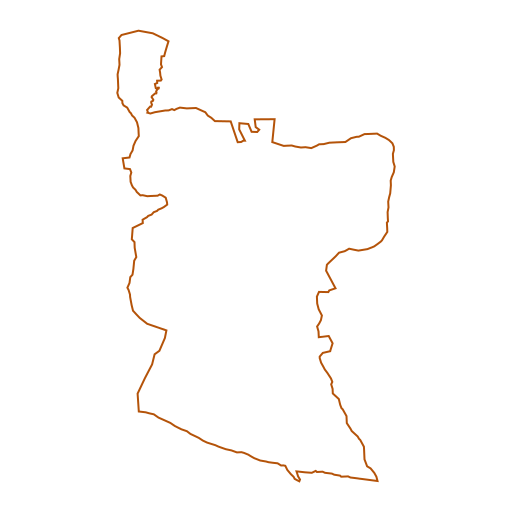 Shendam, Plateau, Nigeria
{"feature_id": "59680162B53080807091718", "entity_name": "Shendam", "entity_type": "district", "adm_level": 2, "iso_a3": "NGA", "parent_name": "Nigeria", "parent_adm1": "Plateau", "projection": "mercator", "projection_center": [9.53, 8.741], "detail": "fine", "context": "isolated", "style": "outline", "palette": "amber", "viewbox_px": 512, "rotation_deg": 0, "n_neighbors": 0, "source": "geoboundaries", "source_scale": "gbopen_adm2", "svg_char_len": 4420}
<svg xmlns="http://www.w3.org/2000/svg" viewBox="0 0 512 512"><path d="M377.5,481.0L376.4,476.7L374.3,472.9L370.6,468.4L367.1,466.3L365.8,462.8L364.5,459.4L364.3,454.8L364.1,450.1L363.9,446.7L360.2,439.9L359.0,438.8L357.7,436.5L354.1,433.2L351.7,431.0L350.5,428.7L346.8,423.1L346.5,416.1L342.7,409.3L341.5,408.2L340.2,404.8L338.8,399.0L332.8,393.5L332.6,388.9L331.2,384.3L332.3,381.9L331.0,378.5L327.3,372.8L324.8,369.5L323.6,367.2L321.1,362.7L319.7,358.1L319.7,356.6L322.8,352.9L330.2,351.2L330.5,350.0L332.6,343.3L328.7,336.0L318.8,337.2L318.5,331.4L317.2,326.8L317.1,326.5L319.1,323.6L320.9,320.2L321.9,315.5L318.7,309.3L317.2,303.6L316.9,296.6L319.0,291.9L328.3,292.1L329.3,290.4L335.5,288.3L326.1,270.7L326.9,264.8L328.0,263.6L335.7,256.3L339.0,252.7L344.7,251.2L346.9,250.0L349.1,248.7L353.8,249.7L358.4,250.6L367.5,249.1L371.0,247.7L371.4,247.6L374.2,246.4L377.6,244.0L380.9,241.5L382.0,240.3L384.1,236.7L387.3,231.9L387.2,228.4L387.0,224.9L386.9,222.8L386.9,222.6L388.0,221.4L387.8,217.9L387.6,212.1L388.5,207.4L388.2,201.6L389.2,197.0L390.2,193.4L390.9,185.3L390.7,180.6L391.7,177.1L393.8,172.3L394.7,166.5L394.0,164.2L393.3,161.9L393.0,156.1L392.9,153.8L393.9,150.2L393.8,146.8L392.4,143.3L390.1,141.1L388.9,140.0L385.3,137.8L380.6,135.7L377.1,133.6L372.5,133.8L368.0,134.0L364.5,134.1L358.9,136.7L356.6,136.8L351.0,138.2L345.4,142.0L343.1,142.1L337.6,142.3L337.4,142.3L329.4,142.7L323.7,144.1L319.1,144.3L316.9,145.6L311.3,148.1L305.5,147.2L300.9,147.5L295.2,146.5L291.7,145.5L287.1,145.7L283.7,145.9L272.3,142.1L274.6,119.2L260.0,119.3L259.7,119.3L254.7,119.3L255.7,127.1L259.2,129.7L257.2,132.0L251.6,131.8L248.3,124.0L239.4,123.2L239.2,129.4L244.9,140.7L243.3,140.7L241.1,142.0L237.7,142.2L230.7,121.4L214.9,121.1L211.3,117.8L207.8,115.6L205.3,112.2L203.0,111.2L196.0,108.0L191.4,108.2L186.8,108.4L179.9,107.6L176.5,108.9L174.3,110.1L172.0,109.1L168.6,110.4L165.1,110.5L154.9,112.2L150.4,113.5L147.5,112.7L147.9,112.2L147.1,110.0L150.1,106.6L151.1,106.7L152.0,104.7L151.2,102.7L151.3,101.6L153.1,100.7L153.3,99.7L151.6,97.1L151.9,96.2L155.0,93.5L156.3,93.4L156.5,92.5L156.1,91.5L157.4,89.2L158.7,88.5L158.8,87.7L158.0,87.6L156.8,88.7L155.8,88.2L154.9,84.0L157.2,83.0L157.1,80.7L160.8,80.6L161.6,79.5L160.4,75.7L160.1,72.6L159.6,69.7L162.0,67.1L161.0,64.4L161.1,62.6L161.5,56.4L164.2,56.1L165.2,52.2L167.0,46.1L168.5,41.3L162.7,38.1L152.8,33.3L138.5,30.7L121.5,35.0L118.8,38.1L119.5,40.5L119.7,44.0L119.9,47.5L120.1,53.3L119.2,59.1L119.4,62.6L119.5,64.9L119.1,67.0L118.6,69.6L117.6,74.3L117.7,76.6L117.9,78.9L118.1,83.6L118.3,88.2L117.3,92.9L118.7,97.5L121.1,99.7L122.3,100.8L122.4,103.2L123.6,105.4L127.2,107.6L129.7,112.1L130.9,113.2L132.1,115.5L134.5,117.7L137.0,122.3L138.4,128.0L138.6,132.7L138.8,136.1L137.4,138.2L135.6,140.9L133.5,145.7L132.6,150.4L130.5,154.0L129.5,157.5L122.7,158.3L124.4,168.4L130.0,169.1L131.3,172.5L130.3,176.0L130.5,179.5L130.6,181.8L131.9,185.3L133.1,187.5L135.5,189.8L136.8,192.0L138.0,193.1L140.4,195.4L142.7,195.2L147.3,196.2L150.7,196.0L153.0,195.9L157.6,195.7L159.8,194.5L162.2,195.5L165.7,197.7L167.0,202.3L167.2,204.6L163.8,207.1L161.6,208.3L158.2,209.7L157.1,210.9L153.7,212.2L151.6,214.6L148.2,215.9L147.1,217.1L142.6,219.7L142.8,223.1L135.8,226.5L132.7,228.0L132.1,235.8L131.8,239.3L134.5,242.1L134.6,245.6L134.7,247.9L136.3,257.1L134.2,260.7L133.4,268.9L132.5,274.7L130.3,277.1L129.5,283.0L127.4,287.7L128.6,290.0L130.0,294.6L130.1,296.9L131.4,303.9L131.6,305.0L133.0,310.7L136.1,314.1L139.7,317.9L147.2,323.8L166.4,330.4L164.9,338.0L159.4,350.8L154.6,354.3L152.1,364.4L144.9,378.2L137.6,393.6L138.8,411.5L145.7,412.3L149.2,413.3L153.8,414.3L158.5,417.6L163.2,419.7L170.3,422.9L175.0,426.1L181.4,429.3L186.9,431.2L190.4,433.9L195.9,436.5L198.8,437.9L202.9,440.6L207.1,442.6L215.4,445.2L218.2,446.5L220.1,447.2L225.8,449.2L231.4,450.4L236.9,452.4L241.5,452.2L244.0,452.9L248.4,454.7L249.6,455.5L251.8,456.8L254.3,458.2L256.9,459.2L258.9,460.0L260.1,460.5L266.0,461.5L268.5,462.2L273.0,462.8L277.6,463.3L281.1,465.5L283.4,465.4L285.3,465.8L287.3,469.9L290.9,474.2L293.6,476.8L294.4,478.3L294.6,478.8L296.9,480.1L299.3,481.3L300.0,479.5L298.1,476.4L296.9,472.6L296.5,471.4L297.7,471.5L304.9,472.3L311.8,472.8L315.7,470.9L316.9,472.0L322.6,471.7L325.0,472.8L331.9,473.6L334.2,474.7L340.0,475.6L341.2,476.7L345.8,476.5L348.1,476.4L350.4,477.5L353.8,477.9L357.7,478.4L359.6,478.7L360.6,478.8L363.7,479.2L377.5,481.0Z" fill="none" stroke="#b45309" stroke-width="2"/></svg>